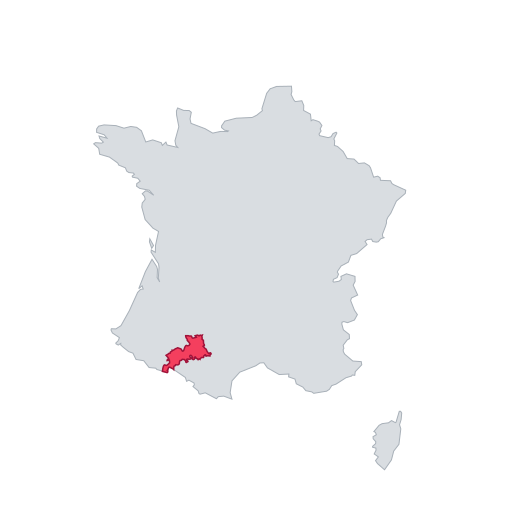 Haute-Garonne highlighted on a map of France, rotated 15°
{"feature_id": "FRA-5298", "entity_name": "Haute-Garonne", "entity_type": "Metropolitan department", "adm_level": 1, "iso_a3": "FRA", "parent_name": "France", "parent_adm1": "", "projection": "albers", "projection_center": [1.234, 43.301], "detail": "fine", "context": "in_parent", "style": "filled", "palette": "rose", "viewbox_px": 512, "rotation_deg": 15, "n_neighbors": 0, "source": "natural_earth", "source_scale": "10m", "svg_char_len": 6805}
<svg xmlns="http://www.w3.org/2000/svg" viewBox="0 0 512 512"><g transform="rotate(15 256 256)"><path d="M374.9,205.2L372.0,207.1L370.4,210.6L368.5,211.5L365.0,211.8L363.2,209.8L359.1,211.5L357.6,213.7L360.3,216.2L352.6,227.6L347.5,230.8L346.8,238.0L340.8,243.6L338.8,249.4L338.7,250.5L340.4,252.2L339.9,255.9L336.8,258.5L337.0,260.8L337.9,261.1L342.7,258.9L344.5,256.6L343.3,253.7L348.0,249.8L356.9,250.1L358.3,254.9L357.4,259.0L364.3,267.4L359.1,271.8L358.9,274.5L365.2,283.0L369.1,286.4L367.6,292.4L361.7,296.7L357.8,296.6L356.2,297.7L356.5,299.5L359.5,304.7L366.4,307.7L367.7,311.7L365.9,313.3L363.3,319.6L364.8,322.6L364.4,323.9L365.2,325.9L367.1,327.9L376.7,332.4L385.0,330.8L386.3,333.7L381.8,342.1L382.3,345.7L379.8,346.0L379.4,347.2L374.4,350.3L366.5,359.0L362.7,361.6L361.4,365.8L359.2,368.3L347.3,373.7L345.0,372.8L339.0,373.2L335.2,370.5L328.0,369.0L325.5,364.8L318.8,364.3L318.3,361.5L309.1,364.5L296.0,361.1L291.2,357.1L287.5,358.3L284.2,362.1L270.4,372.4L265.1,382.8L266.4,394.7L269.8,400.5L261.1,399.7L256.0,401.6L254.7,404.1L242.4,401.3L237.8,403.9L236.6,403.7L235.0,401.2L228.9,398.4L229.8,396.4L229.0,394.7L223.3,393.3L221.4,395.0L219.2,391.6L203.4,386.1L200.9,386.2L199.8,391.5L189.6,391.3L188.2,390.3L181.6,391.4L174.7,386.2L166.9,387.0L162.3,381.7L157.7,381.3L151.3,378.5L148.4,377.0L148.0,375.4L146.0,377.7L143.6,377.1L143.1,376.4L144.8,373.5L145.2,370.2L137.2,367.5L135.1,365.0L135.1,363.7L139.5,362.7L143.6,358.2L147.8,341.6L151.1,321.8L153.1,318.1L155.6,317.1L153.7,314.3L151.2,317.9L153.2,299.7L156.4,286.1L162.8,291.9L164.3,294.4L166.1,302.5L169.7,306.0L167.4,302.7L165.2,291.8L163.8,288.7L153.6,279.4L153.3,277.3L157.8,278.5L156.2,271.7L155.5,257.5L149.3,255.8L139.5,249.5L133.0,238.3L132.4,234.3L134.3,230.0L132.9,227.3L130.0,225.3L132.4,221.7L134.5,221.4L141.5,223.8L135.8,220.1L126.3,220.8L122.6,219.5L122.1,216.9L124.8,213.7L121.7,211.5L116.3,211.8L115.7,210.9L117.4,208.6L116.1,207.6L111.6,208.3L109.2,207.5L107.0,204.6L99.9,203.7L98.4,202.0L88.9,198.4L78.7,198.2L76.2,192.7L70.2,189.7L71.5,188.1L77.8,186.9L79.1,185.5L74.7,183.0L73.3,180.7L81.6,180.8L78.0,178.2L70.0,177.8L69.2,174.5L70.4,171.3L75.3,168.7L87.0,166.3L95.4,166.7L101.5,163.3L107.4,162.6L112.9,164.7L120.0,174.4L126.2,170.6L135.2,171.1L136.9,173.4L139.5,169.3L141.4,171.8L152.3,171.4L149.8,169.7L147.9,165.6L148.0,151.1L142.8,140.4L141.6,136.5L142.0,133.3L148.4,134.1L153.8,132.8L156.3,133.9L156.8,140.7L158.9,144.7L173.8,146.2L182.4,148.5L189.6,144.8L196.4,143.2L197.0,142.3L193.1,142.6L189.5,140.9L189.1,139.1L191.0,133.8L201.3,128.0L216.4,123.2L220.2,119.9L224.6,113.9L223.6,112.3L224.2,96.1L226.4,90.8L232.0,86.9L246.3,82.8L248.1,88.0L248.1,90.9L252.0,95.4L253.9,96.7L260.1,94.2L263.2,98.3L264.3,103.1L271.9,104.9L274.3,111.1L275.7,109.6L280.5,109.8L282.7,110.2L285.9,112.9L285.1,116.6L286.5,118.4L285.3,121.9L286.3,123.3L295.1,123.0L297.7,121.3L298.7,117.8L301.3,115.7L302.3,116.3L300.9,122.8L302.2,124.4L303.1,128.9L306.4,129.1L313.1,132.5L318.9,138.3L325.6,137.0L331.1,140.1L336.6,138.0L341.9,139.5L343.8,141.2L349.2,149.4L352.9,147.4L355.6,148.3L356.6,150.7L366.5,148.5L368.5,150.8L370.6,151.5L383.6,153.7L384.0,156.9L377.4,166.6L375.1,179.9L373.3,184.6L372.8,188.0L373.5,190.2L373.4,193.8L372.5,202.4L373.6,204.8L374.9,205.2ZM438.5,376.4L438.3,381.8L440.6,385.5L442.8,400.9L439.5,408.8L439.6,417.9L435.5,429.2L427.1,425.1L424.4,422.7L426.2,418.4L421.4,416.6L422.2,412.5L421.5,410.5L418.2,410.6L417.9,409.6L420.1,406.3L419.8,404.4L416.5,402.2L415.8,400.2L418.5,397.5L417.0,395.4L415.3,395.1L418.7,387.7L421.2,385.3L427.2,382.8L429.5,379.9L433.7,380.9L434.3,380.2L434.6,368.9L435.9,368.6L437.4,370.0L438.5,376.4ZM154.3,272.4L153.3,275.6L149.4,269.9L149.0,266.9L154.3,272.4Z" fill="#d9dde1" stroke="#a8b0b8" stroke-width="1"/><path d="M203.7,386.3L203.3,386.2L202.3,385.8L201.9,385.8L201.1,385.8L200.5,386.1L200.4,386.6L200.4,387.4L200.0,388.4L200.3,388.8L200.1,389.0L199.9,389.5L200.3,389.6L200.6,390.1L200.8,390.6L200.7,391.2L200.7,391.3L200.5,391.6L200.1,391.7L199.2,391.6L195.8,391.7L195.3,391.5L195.4,390.9L195.1,388.7L195.1,386.5L195.3,385.6L195.7,384.9L196.2,384.8L197.6,385.0L198.5,384.3L200.2,381.7L200.1,381.3L199.7,380.1L199.2,378.9L198.3,379.3L197.6,379.8L197.2,380.0L197.1,379.5L197.3,378.9L197.9,378.0L198.1,377.4L194.8,375.2L196.5,373.5L196.9,372.8L197.1,372.6L197.3,372.5L198.1,372.2L198.3,371.9L198.2,371.6L198.2,371.2L198.2,370.8L199.2,369.9L199.5,369.4L199.3,368.7L200.2,368.6L200.8,368.2L202.2,366.4L203.1,365.9L203.8,365.1L204.0,365.0L204.2,364.9L207.5,365.2L208.1,365.5L209.3,366.8L209.8,366.9L210.5,366.3L210.7,365.1L210.8,362.7L211.3,361.0L211.8,360.4L213.4,360.4L214.6,359.5L215.0,358.1L213.7,356.8L211.7,355.5L211.5,355.4L211.5,355.2L211.3,354.6L211.2,354.4L211.1,354.2L210.3,353.7L209.2,352.4L208.8,351.6L208.7,351.2L211.3,350.5L212.7,350.5L213.5,350.2L214.3,350.1L214.8,350.6L215.2,351.2L215.8,351.7L216.4,351.7L219.4,349.9L219.1,349.6L218.4,349.3L217.8,348.8L219.8,347.6L220.6,347.6L221.2,347.8L221.6,347.8L221.9,347.7L222.5,346.9L222.9,346.8L223.3,347.0L223.5,347.0L223.8,346.9L224.3,346.5L224.6,346.3L224.5,347.6L225.3,349.3L225.3,350.2L226.1,350.7L227.0,351.0L227.1,351.3L228.0,354.0L228.3,354.4L229.0,355.0L229.2,355.4L229.3,355.9L228.9,356.0L228.6,356.2L228.4,356.5L228.2,356.9L230.9,358.6L231.8,358.8L232.2,359.2L233.4,360.8L233.7,361.1L234.5,361.6L235.2,362.3L235.6,362.5L236.1,362.2L236.6,361.4L236.9,361.3L237.3,361.4L237.7,361.7L238.0,362.2L237.8,362.5L237.5,362.8L237.3,363.3L237.3,363.9L237.4,364.5L235.3,364.8L234.4,365.2L234.2,365.4L233.8,365.6L233.5,365.6L233.3,365.5L233.3,365.3L233.3,365.1L233.2,364.8L233.0,364.7L232.6,364.5L232.3,364.6L232.2,364.8L232.2,365.0L232.0,365.4L231.8,365.6L231.6,365.9L231.4,366.1L231.4,366.4L231.4,366.6L231.5,366.9L231.6,367.1L231.6,367.5L231.3,367.8L231.1,367.8L230.4,367.9L229.7,368.1L229.4,368.3L229.3,368.5L229.2,369.0L228.8,369.5L228.7,369.8L228.7,370.3L227.9,370.0L227.5,370.5L227.2,371.0L226.7,371.1L226.4,370.5L226.2,370.4L225.9,370.4L225.2,370.5L224.7,370.2L223.6,369.2L223.1,369.4L222.9,369.9L223.1,370.3L223.3,370.7L223.4,371.0L223.0,371.8L222.4,372.3L221.7,372.3L221.0,371.8L221.0,371.6L221.2,370.9L221.1,370.5L219.9,369.3L219.3,368.9L218.6,368.8L218.0,369.2L217.9,370.1L218.3,370.6L219.7,371.2L220.1,371.7L219.8,372.2L219.2,372.6L218.0,373.1L216.7,373.2L216.2,373.4L215.7,373.9L215.9,374.4L217.2,375.0L217.6,375.6L216.3,376.9L215.9,376.8L215.6,376.5L215.4,376.0L215.0,375.5L213.5,374.5L213.3,374.5L213.1,374.5L212.2,374.9L211.7,374.8L211.3,375.1L211.0,375.8L210.9,376.1L210.4,376.4L210.1,376.5L209.7,376.7L209.5,377.2L209.5,378.0L209.8,379.8L209.6,380.5L209.2,381.0L208.6,381.4L207.5,381.7L206.7,381.7L206.5,381.8L206.4,382.1L206.4,382.6L206.3,382.9L206.1,383.1L205.6,383.3L205.4,383.6L205.3,384.4L205.9,387.0L204.7,386.3L204.3,386.3L203.7,386.3Z" fill="#f43f5e" stroke="#9f1239" stroke-width="1.5"/></g></svg>